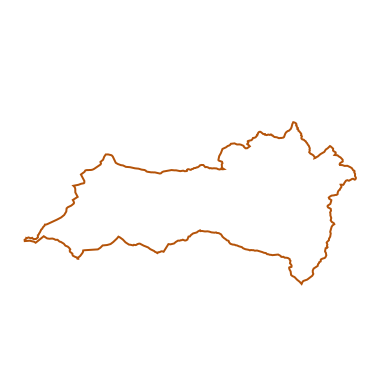 outline of Santa Isabel, Azuay, Ecuador, rotated 276°
{"feature_id": "8360857B32737896699989", "entity_name": "Santa Isabel", "entity_type": "district", "adm_level": 2, "iso_a3": "ECU", "parent_name": "Ecuador", "parent_adm1": "Azuay", "projection": "equal_earth", "projection_center": [-79.364, -3.175], "detail": "fine", "context": "isolated", "style": "outline", "palette": "amber", "viewbox_px": 384, "rotation_deg": 276, "n_neighbors": 0, "source": "geoboundaries", "source_scale": "gbopen_adm2", "svg_char_len": 6064}
<svg xmlns="http://www.w3.org/2000/svg" viewBox="0 0 384 384"><g transform="rotate(276 192 192)"><path d="M113.7,85.8L114.1,85.7L115.2,86.0L116.7,87.5L119.7,89.3L120.8,89.8L122.5,89.9L122.9,91.5L125.1,104.4L127.0,106.7L129.5,108.7L130.4,113.1L131.7,116.4L134.0,118.9L138.0,122.3L139.9,123.5L139.4,124.9L137.5,128.2L135.0,131.1L133.1,134.8L133.1,136.2L132.8,138.8L132.9,139.3L133.4,139.7L133.3,141.4L133.7,142.4L134.4,143.0L135.1,144.7L135.2,145.5L133.6,149.5L132.3,154.1L130.8,156.5L129.3,160.6L128.6,161.5L128.4,162.4L127.7,163.7L127.6,164.1L128.5,164.6L128.8,166.0L129.8,167.7L129.9,168.5L129.6,170.0L137.7,174.0L137.7,176.1L138.9,179.5L140.6,181.1L142.2,183.2L142.3,184.9L142.8,185.6L143.0,186.8L143.6,187.8L143.0,190.0L143.2,191.0L144.2,192.4L147.3,193.2L147.6,194.6L148.9,195.3L150.9,197.4L152.3,201.0L153.2,201.8L154.7,204.0L154.0,204.6L154.3,205.9L154.1,209.0L154.5,211.5L154.4,213.3L153.9,215.5L153.9,218.7L154.3,220.2L153.9,220.9L153.9,222.9L152.9,225.3L151.5,226.5L150.9,226.8L149.5,228.7L148.5,230.6L147.7,231.5L147.3,233.3L147.0,233.7L146.0,234.0L144.5,235.6L144.0,237.8L144.0,240.0L143.6,240.9L143.6,242.2L142.9,244.3L142.4,247.3L141.4,248.7L140.7,251.0L140.4,254.5L140.0,255.7L140.5,256.7L140.4,257.9L140.6,258.9L140.2,260.7L140.6,262.8L139.6,268.2L139.1,269.8L139.0,271.8L138.0,273.3L138.1,274.3L137.7,275.8L137.8,277.0L137.6,278.6L138.8,284.2L137.7,286.8L136.9,287.5L136.8,288.2L137.1,289.8L136.4,290.9L136.5,293.3L136.3,294.5L135.5,296.1L134.7,296.3L133.9,297.1L131.4,296.9L129.8,298.4L128.9,298.8L127.9,298.7L127.3,296.7L126.7,296.5L125.1,297.1L123.3,298.4L119.9,299.2L118.9,300.6L118.1,302.9L115.8,305.6L114.0,308.4L112.0,310.6L114.6,311.5L115.4,312.5L116.9,315.7L121.3,320.4L123.2,321.2L124.8,320.5L126.6,320.3L128.6,321.0L131.6,324.7L133.4,324.9L134.5,325.7L135.4,325.8L136.4,327.2L138.3,327.2L139.3,328.6L140.2,330.8L141.0,331.5L143.1,332.2L145.7,331.4L146.6,330.6L147.1,330.5L150.1,330.8L150.5,332.1L151.3,332.6L152.2,331.8L154.0,332.1L155.6,331.2L156.2,331.4L158.4,333.2L159.8,333.1L162.0,334.1L165.4,334.3L166.7,333.6L167.4,333.7L172.0,334.5L173.5,335.3L174.9,336.9L175.8,336.3L176.9,334.1L178.3,332.9L180.7,333.2L183.4,332.0L184.6,332.0L186.1,331.5L187.9,332.2L189.8,331.7L190.9,328.9L191.8,328.3L192.6,328.4L194.6,330.8L197.7,331.4L198.5,331.4L199.7,329.1L200.8,328.6L202.1,329.9L203.0,331.2L203.6,333.8L204.0,334.7L204.2,335.9L204.8,336.8L205.3,337.1L206.2,336.9L208.0,337.3L209.3,338.1L209.7,338.8L210.6,338.9L212.4,340.0L213.3,340.0L214.8,339.1L214.9,339.6L214.9,341.6L215.7,342.2L216.7,342.5L219.3,343.9L220.0,345.2L219.6,346.9L221.8,350.0L222.0,351.0L221.3,352.3L221.6,353.1L222.5,353.5L223.3,353.5L225.0,352.4L227.0,352.3L228.6,351.3L229.7,351.5L230.2,351.0L230.4,350.1L232.4,348.5L233.2,346.9L234.3,343.8L233.9,341.0L234.5,338.6L234.3,336.3L235.1,335.9L236.3,336.4L238.1,338.7L239.9,338.4L241.9,336.1L242.7,334.3L243.7,332.9L243.7,329.9L245.3,330.9L246.4,330.7L247.6,328.3L248.2,327.9L249.9,327.8L251.9,325.0L252.1,324.4L249.6,322.3L248.2,320.6L245.7,319.4L243.1,315.8L240.3,313.2L239.5,311.7L238.9,311.4L238.4,310.3L239.3,310.5L241.1,308.9L242.0,307.2L242.5,305.8L243.8,304.4L245.7,304.8L246.5,304.4L247.3,304.6L247.9,304.5L250.4,303.2L251.2,302.2L252.6,301.4L253.0,300.7L254.4,299.7L254.8,298.7L255.6,297.8L255.9,296.1L256.6,295.3L257.2,295.1L258.9,295.5L259.7,294.5L260.4,294.7L261.4,294.5L263.7,292.2L264.0,291.5L264.9,291.3L265.7,290.2L266.2,290.7L266.6,290.7L268.0,289.2L268.6,289.3L269.3,289.0L269.5,288.5L270.5,288.7L271.3,288.0L271.8,286.8L272.0,285.4L270.1,284.7L266.7,284.2L265.0,283.6L263.0,281.9L262.6,280.8L261.1,279.3L259.6,278.6L256.4,277.8L255.7,277.2L255.0,275.0L255.0,274.2L254.6,272.9L255.3,270.6L255.3,268.4L256.0,266.9L256.5,266.6L256.8,265.2L257.3,265.1L257.5,264.4L256.9,263.2L257.1,261.8L256.4,260.4L256.6,258.5L257.2,258.5L257.2,256.6L258.4,254.9L259.0,253.8L259.0,253.2L258.6,252.3L257.9,251.7L256.5,251.4L255.8,250.7L255.0,251.0L254.4,250.3L253.1,249.6L252.4,248.3L252.1,247.0L250.5,246.4L249.6,245.4L249.1,243.6L248.4,242.2L248.0,242.2L247.5,242.9L246.4,242.6L245.9,242.0L245.4,241.9L244.4,243.7L243.5,244.7L241.3,242.3L241.1,240.6L242.3,239.0L243.3,238.4L244.2,235.6L244.3,233.8L244.1,233.1L244.0,231.6L244.8,229.2L244.0,225.6L243.0,225.1L242.2,224.2L241.4,222.6L240.1,221.3L238.0,217.8L233.8,216.7L230.5,215.3L226.6,214.9L226.2,215.2L225.9,215.8L225.2,218.7L223.8,219.3L222.6,218.7L219.9,219.2L219.3,219.0L218.1,221.4L217.8,220.2L217.8,218.2L217.3,217.2L217.4,215.7L218.0,214.0L217.9,211.3L217.5,209.4L217.7,208.2L217.4,206.9L218.0,205.7L218.4,204.0L218.1,202.6L220.0,200.5L219.9,198.7L219.4,197.2L218.7,196.8L217.2,195.1L216.9,193.9L216.3,193.1L215.9,191.3L215.1,190.6L214.8,189.5L213.9,188.5L214.3,186.0L214.1,185.3L213.5,184.7L212.5,184.8L212.2,184.2L211.9,182.5L212.3,181.0L211.5,178.1L211.9,173.9L211.7,171.9L211.7,169.4L209.4,161.5L208.7,160.3L207.4,159.2L207.0,158.1L207.6,153.2L207.3,149.1L207.5,145.4L207.8,144.4L208.4,143.8L208.9,142.5L209.0,139.5L209.6,136.5L209.6,132.8L210.2,127.7L210.1,123.6L211.2,120.7L211.3,118.4L212.1,115.3L213.1,113.1L219.0,109.5L219.9,108.5L220.2,107.8L220.6,104.6L220.3,102.3L217.9,101.0L214.8,100.2L212.3,97.8L210.9,98.5L209.8,98.2L204.8,92.3L203.9,90.9L203.4,89.5L202.7,84.6L202.2,83.6L200.8,83.0L197.8,79.7L191.7,83.8L189.9,83.9L189.4,83.5L188.6,80.9L187.3,78.3L185.8,73.4L184.7,74.7L183.9,75.2L182.8,75.6L179.4,76.0L175.2,78.8L171.6,74.3L170.4,75.2L168.9,75.8L168.1,75.6L165.9,73.4L163.8,70.0L162.6,69.0L159.4,69.0L155.8,67.3L153.0,64.5L150.4,60.6L145.0,51.6L144.4,50.4L144.2,49.1L143.2,48.9L141.2,47.4L139.8,46.9L138.9,46.0L135.8,44.9L134.7,44.2L133.6,44.0L132.9,43.2L130.7,43.5L129.0,41.8L128.6,39.6L129.0,38.6L129.7,37.8L129.1,36.7L129.7,34.1L128.9,32.7L129.0,32.0L128.3,32.0L126.9,30.5L125.7,30.8L126.6,35.7L126.0,40.2L125.2,41.8L132.5,49.2L130.7,52.8L130.6,55.0L131.1,58.0L130.9,59.4L130.2,61.2L130.4,63.3L129.0,65.2L128.7,66.1L128.7,66.7L127.2,69.9L125.4,71.7L124.7,74.1L123.8,75.4L122.3,76.9L121.4,76.5L119.9,76.8L118.2,79.5L117.2,79.6L116.2,80.2L115.1,83.0L114.9,84.3L113.7,85.0L113.7,85.8Z" fill="none" stroke="#b45309" stroke-width="2"/></g></svg>